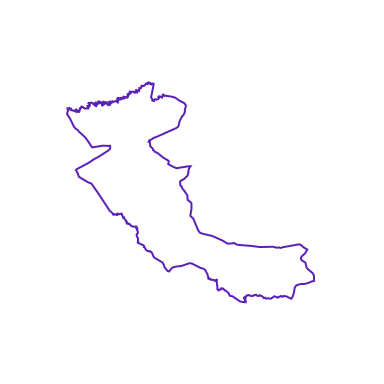 Khong, Nakhon Ratchasima, Thailand (orthographic projection), rotated 205°
{"feature_id": "78962969B53698738904765", "entity_name": "Khong", "entity_type": "district", "adm_level": 2, "iso_a3": "THA", "parent_name": "Thailand", "parent_adm1": "Nakhon Ratchasima", "projection": "orthographic", "projection_center": [102.346, 15.409], "detail": "fine", "context": "isolated", "style": "outline", "palette": "violet", "viewbox_px": 384, "rotation_deg": 205, "n_neighbors": 0, "source": "geoboundaries", "source_scale": "gbopen_adm2", "svg_char_len": 6093}
<svg xmlns="http://www.w3.org/2000/svg" viewBox="0 0 384 384"><g transform="rotate(205 192 192)"><path d="M57.0,137.2L56.6,139.1L57.0,143.6L58.5,148.9L58.0,151.3L56.9,152.7L54.1,154.8L51.4,156.0L48.3,158.6L45.9,161.3L43.8,163.0L46.0,167.5L47.9,169.3L55.3,171.4L56.9,172.7L58.8,175.3L59.6,176.0L63.2,176.4L64.3,176.8L65.2,177.8L65.5,178.8L65.3,180.2L63.5,184.3L63.2,188.6L67.6,189.0L71.1,190.1L72.9,189.8L86.4,180.3L88.1,178.7L89.8,178.5L91.4,177.4L95.7,176.5L107.2,170.8L115.4,168.2L127.6,163.7L128.9,163.3L132.4,163.6L132.9,162.9L137.9,160.2L144.1,160.9L155.0,160.7L164.1,158.8L167.5,158.4L170.1,159.8L179.5,168.4L183.5,169.7L185.2,176.1L187.7,181.5L189.3,182.3L192.6,183.0L194.9,187.1L200.0,190.1L202.1,190.9L203.9,192.7L205.2,192.9L205.8,193.7L207.2,196.6L207.2,197.2L204.9,200.0L203.0,204.8L203.1,206.4L204.5,211.3L204.6,213.2L204.2,214.7L205.7,214.1L216.1,207.0L221.0,206.9L225.3,207.3L226.0,210.0L226.5,210.4L232.6,211.0L239.3,212.7L242.7,212.8L244.3,213.6L244.9,213.5L245.7,214.6L249.2,215.9L251.5,219.7L252.4,219.3L252.3,219.9L252.6,220.6L250.3,223.4L249.8,224.7L247.7,226.7L233.5,243.0L232.3,245.0L232.2,246.1L233.2,251.3L232.9,256.8L232.3,257.8L232.2,261.5L233.1,263.0L233.8,267.2L234.7,268.2L236.5,269.3L242.0,269.5L247.4,270.4L251.2,269.7L257.4,267.8L257.8,267.4L258.8,268.2L259.3,268.2L259.6,267.7L259.1,264.9L261.1,265.1L262.7,264.5L262.7,263.9L261.6,263.2L261.8,262.3L263.3,260.6L264.8,260.4L265.2,259.5L264.8,258.5L266.4,258.1L266.8,258.3L266.7,259.0L269.1,260.5L272.3,273.7L273.1,273.9L274.2,273.0L274.2,272.6L275.0,272.9L275.4,272.2L276.4,272.3L276.2,273.1L277.8,272.9L278.3,272.2L277.7,271.7L278.2,271.5L278.2,270.9L279.2,271.1L279.7,270.4L279.8,269.0L280.4,268.4L280.4,267.8L281.3,267.2L282.4,267.2L282.6,266.9L282.2,266.3L282.2,264.9L282.7,264.9L282.9,264.2L283.5,263.8L283.0,263.5L283.2,262.9L282.8,262.5L282.7,261.4L283.4,261.6L284.0,261.3L283.5,260.9L284.1,260.4L285.2,260.4L284.7,259.8L285.0,259.3L284.2,259.7L283.9,259.2L284.5,259.1L284.6,258.5L285.1,258.2L285.7,258.2L285.8,258.7L286.0,258.1L286.6,258.3L286.7,257.8L287.8,258.0L288.4,257.8L289.1,257.3L289.2,256.6L289.6,256.8L290.0,256.4L290.3,256.8L290.7,256.8L290.7,255.9L290.1,255.7L289.9,255.0L290.3,254.4L290.7,254.5L290.8,253.6L291.3,253.6L291.2,252.9L290.4,253.2L290.6,252.5L291.0,252.6L290.3,251.4L290.7,251.2L290.6,250.2L291.0,250.1L291.5,250.6L292.0,250.0L293.3,249.5L292.8,248.6L293.2,248.4L293.8,248.8L293.7,248.2L294.4,248.4L294.3,247.9L294.8,248.0L295.0,247.5L295.8,247.3L295.2,246.7L295.6,246.3L296.0,246.7L295.5,245.9L295.8,245.6L296.0,245.5L296.1,245.9L296.6,245.8L296.3,246.4L296.6,246.7L297.5,246.4L297.6,246.0L297.2,245.8L297.7,245.4L298.2,246.0L298.9,245.8L298.2,244.7L298.9,244.4L298.3,243.8L298.5,242.8L297.8,242.5L297.7,243.2L297.3,243.0L297.1,241.8L299.4,242.3L300.5,241.1L300.9,241.2L301.6,240.1L302.5,240.4L302.5,239.9L303.1,239.0L304.5,239.4L304.6,238.9L304.1,238.0L303.3,238.0L304.0,237.1L303.2,237.0L303.1,236.4L303.5,236.1L304.3,236.5L304.7,236.1L304.9,235.3L305.6,235.6L305.1,236.3L305.9,236.6L306.3,237.5L308.0,235.5L308.6,235.9L309.0,235.8L308.9,236.5L309.8,235.9L309.9,236.5L310.4,236.5L311.2,235.2L310.0,235.4L308.9,233.9L309.9,232.4L310.2,232.4L311.2,234.1L312.3,234.0L312.0,234.8L314.8,234.9L315.0,234.4L314.1,233.2L315.2,233.0L315.5,232.4L314.7,232.3L314.7,231.4L315.5,231.4L316.0,232.4L316.7,232.6L317.1,232.5L317.3,231.7L316.4,231.5L316.3,230.4L315.6,230.8L315.2,229.4L317.1,229.4L318.0,230.3L319.1,230.1L319.5,230.7L321.5,230.2L321.8,228.9L322.6,229.4L323.3,229.1L323.3,228.4L322.1,228.3L321.1,227.3L321.2,226.1L322.5,226.2L323.0,225.8L322.0,225.3L322.2,224.4L321.5,224.2L321.4,223.8L322.7,223.4L324.4,222.3L325.9,222.5L326.8,223.0L328.4,222.5L328.0,221.2L329.0,220.4L328.4,219.4L328.1,217.1L328.4,216.6L329.5,216.4L329.9,217.6L330.9,217.2L331.7,217.8L332.1,217.2L331.0,216.3L331.1,215.6L332.5,216.0L333.7,215.5L334.6,215.7L335.0,215.3L336.3,215.1L336.7,215.9L337.0,215.4L337.6,215.5L337.6,214.9L338.1,216.1L338.6,216.4L339.0,215.4L340.2,215.2L340.0,214.9L339.4,215.0L339.5,214.1L338.7,213.3L338.4,210.0L333.7,207.1L326.7,201.4L324.4,200.3L321.9,199.9L320.2,199.0L312.6,196.6L309.2,195.0L301.4,190.2L292.2,196.4L287.1,198.5L286.3,199.1L285.8,199.2L285.2,198.5L284.5,196.3L285.4,194.2L291.2,185.0L295.0,179.8L297.7,175.2L306.4,163.5L306.5,162.8L303.6,160.8L301.0,158.0L290.8,156.9L286.7,157.1L275.6,150.7L258.6,140.2L257.0,139.9L254.6,138.9L254.0,138.3L253.3,139.0L252.9,138.6L252.4,138.8L251.2,140.0L250.7,139.4L250.0,139.5L249.9,141.2L248.5,141.1L246.7,142.7L244.1,140.2L243.6,139.8L243.2,140.1L243.1,139.7L242.9,139.9L240.6,138.5L239.4,138.2L239.0,137.1L238.4,137.1L238.2,136.4L237.5,136.0L237.2,136.6L236.1,136.1L235.2,136.7L233.0,135.6L231.1,135.6L227.8,137.1L227.5,135.9L226.8,136.1L226.7,135.7L226.0,135.6L225.9,134.2L224.8,133.8L224.1,132.7L223.7,131.2L224.2,130.7L224.2,129.9L223.0,128.2L221.7,127.5L221.1,126.8L220.3,124.6L219.7,124.3L219.7,123.1L213.6,123.2L212.7,122.9L212.3,121.7L211.1,121.5L209.3,120.1L208.3,119.8L206.4,119.9L205.1,120.6L204.8,120.2L203.5,120.4L201.6,119.2L199.7,117.3L198.1,116.5L189.2,115.7L186.8,114.1L185.1,112.2L180.8,110.1L179.2,110.3L178.0,115.1L174.9,117.7L170.4,120.4L164.2,126.4L161.8,127.1L152.0,126.8L149.9,127.3L147.3,127.0L143.2,124.0L140.4,120.3L139.9,121.1L139.1,120.7L137.8,120.9L137.6,120.5L135.5,121.4L133.7,121.2L133.6,121.9L132.8,122.2L132.8,122.8L132.3,122.9L131.8,121.3L128.5,116.0L128.0,114.7L126.9,114.1L126.2,114.1L126.0,115.1L124.8,115.8L124.8,116.5L124.4,116.6L124.6,117.2L123.3,117.6L121.2,117.0L120.9,116.6L119.8,116.9L116.1,115.8L113.9,113.9L111.3,114.6L102.2,113.1L100.7,113.4L96.7,114.8L97.6,116.5L97.8,116.6L98.1,116.0L98.9,117.3L99.9,117.5L100.2,118.2L100.0,118.7L98.7,118.4L98.6,119.0L99.1,120.3L98.3,121.2L98.4,121.7L97.1,122.6L95.7,122.4L95.5,122.7L93.5,123.1L92.7,123.8L92.4,124.6L91.6,124.8L91.2,125.6L90.5,125.9L88.8,125.5L88.0,125.8L87.3,126.8L86.7,126.5L85.7,127.3L82.3,126.6L81.9,126.2L81.0,127.1L80.1,126.7L79.2,126.9L78.1,127.9L75.5,128.5L73.3,132.3L69.6,132.5L69.4,133.5L68.1,134.1L67.6,135.3L65.4,135.4L65.1,136.6L61.8,137.3L57.0,137.2Z" fill="none" stroke="#5b21b6" stroke-width="2"/></g></svg>